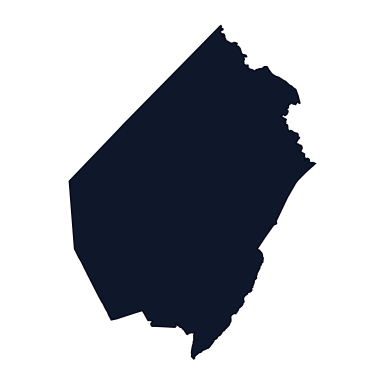 outline of Narok East, Rift Valley, Kenya, rotated 181°
{"feature_id": "3690345B66691350288687", "entity_name": "Narok East", "entity_type": "district", "adm_level": 2, "iso_a3": "KEN", "parent_name": "Kenya", "parent_adm1": "Rift Valley", "projection": "orthographic", "projection_center": [36.053, -1.156], "detail": "fine", "context": "isolated", "style": "filled", "palette": "ink", "viewbox_px": 384, "rotation_deg": 181, "n_neighbors": 0, "source": "geoboundaries", "source_scale": "gbopen_adm2", "svg_char_len": 5891}
<svg xmlns="http://www.w3.org/2000/svg" viewBox="0 0 384 384"><g transform="rotate(181 192 192)"><path d="M306.2,128.9L304.4,125.6L304.2,124.8L303.8,124.5L303.0,123.2L300.8,119.4L297.0,111.9L296.0,110.3L295.2,108.4L293.4,105.1L284.2,87.8L280.2,80.7L278.9,78.9L276.2,73.5L274.7,71.3L273.8,69.5L273.4,68.3L272.8,67.1L270.4,62.8L265.2,64.0L248.2,69.9L239.6,72.7L238.4,71.0L237.4,69.4L233.7,62.9L229.8,62.8L229.0,62.1L230.8,59.6L230.4,58.1L229.5,57.1L228.8,57.2L225.7,57.2L216.3,56.9L206.7,56.5L205.7,57.7L205.9,59.0L205.8,59.7L205.2,59.7L204.5,59.6L204.4,59.0L204.1,58.6L203.6,58.3L203.0,58.0L202.0,57.0L201.4,56.7L200.1,56.5L199.5,56.2L199.3,55.4L197.3,53.7L196.8,53.1L196.4,52.1L195.6,51.2L194.8,49.8L194.2,49.6L193.7,50.0L193.1,50.2L192.2,51.0L190.4,51.4L188.7,51.3L187.5,51.6L187.1,50.6L187.7,48.7L187.5,47.3L187.6,46.7L187.5,45.7L187.5,43.8L188.1,42.0L188.0,40.4L188.7,38.4L189.1,36.1L189.7,31.6L189.3,29.4L189.6,27.7L189.4,27.2L188.9,27.0L187.5,25.2L186.6,25.8L186.8,26.3L186.7,26.8L186.0,28.2L185.1,29.1L183.9,29.9L183.1,30.9L182.1,31.5L181.6,31.6L180.0,32.2L179.2,33.4L178.6,33.8L174.7,35.7L173.2,36.2L172.7,36.5L172.0,37.2L170.4,39.4L168.9,41.3L167.6,43.5L167.5,44.1L166.4,45.2L165.5,45.5L165.0,45.9L164.2,46.9L163.8,48.1L161.2,49.6L160.3,50.9L159.8,52.0L159.2,52.9L158.3,53.8L157.7,54.0L157.4,54.3L157.0,54.6L156.4,55.7L155.3,56.6L152.7,59.5L152.2,60.9L151.0,63.4L150.9,64.6L151.0,65.3L150.9,65.8L151.2,66.9L151.2,67.6L150.9,68.8L150.5,69.4L150.3,69.7L149.5,70.2L149.1,70.7L148.0,71.2L147.2,71.4L146.7,71.2L146.1,71.2L145.9,71.9L145.2,72.4L144.9,73.0L144.9,73.6L143.9,74.3L143.9,74.8L143.1,76.7L140.9,78.5L140.1,79.3L139.3,80.6L139.3,81.1L139.1,81.5L139.0,82.0L138.9,82.5L138.1,83.1L138.2,83.7L138.7,84.8L138.8,85.4L138.6,85.9L138.8,87.0L138.2,88.0L137.1,89.4L136.7,89.6L136.4,90.2L135.8,90.3L135.4,90.6L135.2,91.0L134.8,91.1L134.8,91.5L135.1,91.8L134.7,92.1L134.5,92.7L134.2,92.9L133.8,92.7L133.4,92.9L132.8,92.9L131.3,93.7L131.0,94.3L130.7,94.6L130.5,95.2L131.1,95.4L131.0,96.4L130.2,97.6L129.7,97.9L130.0,99.0L129.2,100.0L128.9,101.3L128.6,101.8L128.6,102.3L128.3,102.9L128.3,104.3L127.9,105.2L127.6,105.6L127.0,105.9L126.8,106.3L126.4,106.6L126.0,107.1L126.2,108.3L126.3,108.7L126.2,109.1L126.3,109.6L125.8,110.1L125.6,110.5L125.5,112.5L125.3,112.9L124.6,113.4L124.5,114.1L123.9,115.1L123.8,115.7L123.2,116.3L122.9,117.5L122.9,119.1L122.0,119.8L121.5,120.8L121.6,121.4L121.0,122.4L120.5,122.7L120.0,123.4L120.0,124.5L119.8,126.0L119.8,126.7L119.7,127.3L120.3,127.6L120.6,130.4L120.9,131.0L121.0,131.8L121.6,132.6L122.3,133.2L122.6,133.8L123.4,134.5L123.9,135.0L124.6,135.1L125.1,135.6L125.7,136.6L118.0,148.6L110.6,159.5L109.9,160.3L109.4,160.7L107.0,161.8L107.0,162.5L107.3,163.7L107.4,164.5L107.4,165.3L106.9,165.6L96.5,188.5L88.5,202.9L86.5,205.7L79.2,213.3L74.1,218.1L69.2,222.6L71.4,223.5L74.2,223.4L74.7,223.5L75.2,223.8L75.4,224.3L75.2,225.4L75.4,226.4L76.3,227.4L77.0,227.6L77.6,227.5L78.6,226.8L79.3,226.0L79.8,226.2L79.5,227.6L79.7,228.2L80.3,229.4L80.2,231.7L80.5,232.1L83.2,233.5L83.6,233.8L83.9,234.1L84.0,234.6L83.3,236.4L83.1,237.0L82.7,237.4L82.7,237.9L83.1,239.5L83.5,240.1L84.1,240.5L84.7,240.7L85.3,240.6L85.7,240.8L86.1,241.4L86.6,241.7L88.5,242.0L88.9,242.4L88.9,242.9L88.2,243.8L87.9,244.7L87.2,246.0L85.6,247.9L85.6,248.4L86.7,248.8L87.0,249.3L87.0,251.3L87.2,251.9L87.6,252.3L88.3,252.6L89.1,252.6L91.2,253.3L93.1,254.7L93.7,255.0L94.5,255.2L95.0,254.9L95.3,254.5L95.7,254.3L96.2,254.5L97.4,256.6L97.5,259.2L97.8,260.4L98.3,261.0L99.4,261.1L99.9,261.4L99.8,262.1L99.5,263.1L99.9,265.0L99.7,265.3L99.2,265.6L99.1,266.2L101.5,267.3L102.8,268.3L103.5,268.5L104.3,269.0L104.4,269.4L104.1,270.0L103.3,270.1L102.8,270.6L102.6,271.0L102.3,271.4L101.8,271.5L100.8,270.2L100.3,270.1L98.5,271.4L98.0,272.8L97.6,273.4L97.5,274.0L97.5,274.6L98.1,275.5L99.4,276.2L99.3,276.7L99.1,277.3L97.7,277.5L97.3,277.9L97.2,278.4L97.2,279.4L96.8,281.1L96.3,281.4L95.7,281.4L95.6,281.9L94.8,282.8L94.3,283.1L93.4,282.4L92.4,281.8L91.8,281.7L91.1,281.7L90.0,281.3L89.7,281.7L89.2,282.8L88.8,283.2L88.4,283.3L87.8,283.7L87.2,283.7L86.6,282.9L86.2,282.6L85.7,282.8L87.7,290.1L90.1,296.3L92.5,297.9L94.2,299.4L94.7,299.8L96.5,300.5L98.2,302.2L98.8,302.6L99.9,303.8L100.7,304.3L102.4,305.0L103.9,306.1L104.4,306.3L107.4,308.2L108.5,308.6L109.0,308.5L109.8,308.8L111.6,309.9L112.6,310.2L114.9,312.2L116.9,315.0L117.7,315.9L118.3,317.1L119.1,318.5L119.5,318.6L121.7,318.5L122.1,318.4L122.4,317.9L123.0,317.5L123.3,317.0L124.3,316.6L126.0,316.3L126.6,316.4L128.7,315.6L129.2,315.6L130.2,315.1L131.2,314.1L131.6,313.7L132.7,314.4L133.5,315.1L134.0,315.4L134.5,315.3L135.3,315.6L135.9,315.5L136.4,315.8L136.8,315.9L137.3,316.6L137.6,316.9L138.2,316.8L138.5,317.3L138.4,318.4L138.1,319.0L138.3,319.7L138.7,319.8L139.2,319.5L140.6,319.6L141.6,320.2L142.3,320.7L142.5,321.4L142.4,322.0L142.7,323.0L142.8,323.5L142.7,324.1L142.1,325.3L142.1,326.0L142.6,326.5L142.8,327.1L142.7,327.7L142.3,328.2L141.9,328.3L140.5,328.1L139.8,328.3L140.1,329.1L140.5,329.6L141.9,330.1L142.9,330.1L143.8,330.4L145.1,331.7L145.4,333.1L145.7,333.7L146.1,335.5L146.4,336.0L146.6,336.6L147.0,337.0L147.5,337.2L148.0,338.3L148.4,338.5L149.3,338.4L149.7,338.6L150.1,339.6L150.1,340.0L150.0,340.4L149.6,340.8L149.5,341.3L149.9,341.6L152.3,342.2L152.8,342.1L153.8,341.4L154.9,341.5L155.5,341.3L156.0,341.4L158.5,343.0L159.4,343.4L160.3,343.6L161.0,344.8L161.4,346.1L162.1,346.8L162.2,347.4L162.0,347.9L161.9,348.3L162.6,350.0L162.9,350.4L164.0,350.6L164.0,350.1L163.3,349.2L164.2,348.8L164.7,349.1L165.4,350.7L165.8,351.2L166.4,352.5L166.1,353.8L165.7,354.3L165.1,354.2L164.8,354.5L164.1,354.7L163.8,355.2L164.0,355.6L164.5,355.9L165.1,355.7L165.4,356.1L165.6,356.7L166.0,356.6L166.2,357.1L166.1,357.7L165.6,358.2L166.0,358.8L167.1,357.8L167.5,357.8L167.9,357.1L194.4,329.1L261.5,258.4L266.9,252.4L314.8,200.7L308.4,133.4L308.3,132.9L306.5,129.7L306.2,128.9Z" fill="#0f172a" stroke="#020617" stroke-width="1.5"/></g></svg>